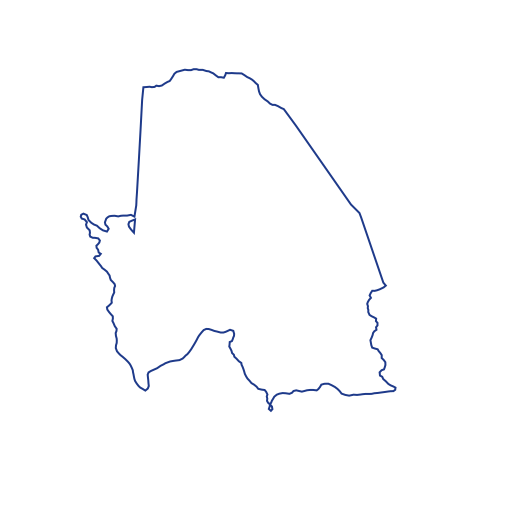 the district of Verdelândia, Minas Gerais, Brazil, rotated 291°
{"feature_id": "56859067B9302014521785", "entity_name": "Verdelândia", "entity_type": "district", "adm_level": 2, "iso_a3": "BRA", "parent_name": "Brazil", "parent_adm1": "Minas Gerais", "projection": "equal_earth", "projection_center": [-43.704, -15.563], "detail": "fine", "context": "isolated", "style": "outline", "palette": "blue", "viewbox_px": 512, "rotation_deg": 291, "n_neighbors": 0, "source": "geoboundaries", "source_scale": "gbopen_adm2", "svg_char_len": 4739}
<svg xmlns="http://www.w3.org/2000/svg" viewBox="0 0 512 512"><g transform="rotate(291 256 256)"><path d="M90.7,200.9L93.5,202.5L96.2,202.5L98.7,201.2L101.3,200.0L103.8,198.7L106.4,197.4L108.8,197.4L111.0,199.1L113.5,201.6L115.8,203.9L119.3,206.3L121.8,208.6L123.4,209.8L124.9,211.5L126.8,213.7L128.3,216.2L129.6,218.5L131.4,221.9L134.0,224.3L135.9,225.2L137.9,226.0L139.7,227.1L142.3,228.0L145.7,228.9L147.9,229.3L150.6,229.8L153.6,230.3L156.5,230.7L159.4,231.0L161.4,231.4L163.7,232.1L165.5,232.7L168.1,233.7L170.1,235.7L170.9,238.1L171.1,241.1L171.1,243.9L171.5,246.7L171.9,250.5L172.8,252.9L174.2,254.7L175.9,256.4L177.8,258.2L178.0,261.6L175.5,263.5L173.5,264.1L171.8,264.0L169.8,264.1L167.9,264.0L166.3,262.3L164.0,263.0L161.9,263.5L160.3,265.4L158.8,267.0L156.8,268.5L155.9,270.7L154.2,271.9L153.2,274.5L151.6,277.7L150.9,280.6L149.3,281.5L147.7,283.2L145.9,284.8L144.3,286.1L142.0,287.8L140.0,290.0L138.5,292.0L137.2,294.7L135.7,297.3L135.2,300.3L134.2,303.4L132.8,305.7L133.3,309.2L134.0,312.1L132.8,314.2L130.8,316.3L128.7,316.4L127.0,317.6L124.7,318.2L123.3,319.9L122.4,322.3L124.5,322.7L126.6,322.7L128.6,323.1L131.2,323.5L134.0,325.1L135.8,327.1L137.6,330.0L138.5,332.9L139.3,336.6L141.2,338.6L143.4,339.4L145.0,341.7L145.4,344.6L145.8,347.4L147.2,349.4L148.9,351.7L150.3,354.4L151.4,357.2L152.3,360.8L154.1,361.9L156.7,362.7L159.3,363.1L161.2,365.6L162.7,369.3L162.5,372.8L162.0,376.6L161.1,379.7L159.8,382.6L158.2,385.2L158.3,389.1L159.0,393.0L160.3,395.0L161.5,396.8L162.5,400.1L164.0,403.0L165.2,405.1L166.3,407.3L167.5,410.4L168.7,413.3L170.3,415.7L171.8,418.8L173.4,421.7L174.6,423.9L175.7,425.9L176.9,428.0L178.0,430.1L179.1,432.7L181.0,433.9L183.1,433.4L183.4,431.0L183.5,428.0L184.0,425.4L185.6,422.0L186.7,418.9L188.5,417.1L188.8,414.6L191.7,413.1L194.4,414.2L196.0,416.1L197.9,416.1L200.6,415.9L203.2,414.8L204.7,412.5L205.8,409.9L208.5,408.9L210.0,406.8L211.2,404.6L212.5,403.0L212.2,400.0L212.1,397.3L214.1,395.6L216.1,394.4L218.4,393.0L221.3,393.2L224.1,393.2L226.0,392.9L228.1,393.4L230.3,394.9L232.5,393.6L234.7,394.3L237.1,393.4L238.2,391.3L240.6,390.6L241.0,388.1L241.2,385.5L241.7,383.1L243.9,380.9L245.9,380.2L247.4,379.0L249.3,378.5L251.1,377.0L253.0,376.9L255.6,377.3L258.1,378.3L259.9,376.2L262.6,376.4L265.2,377.0L266.0,379.3L267.3,381.2L269.2,383.4L271.0,385.1L272.4,386.4L274.9,387.8L276.8,384.4L329.6,340.4L333.2,337.2L338.1,326.2L392.1,246.4L403.1,229.3L403.2,226.6L403.8,222.7L403.9,219.5L403.0,217.2L403.3,214.4L404.5,211.6L405.4,207.8L406.8,204.4L408.5,201.8L410.8,199.8L413.5,198.1L416.4,196.4L417.4,193.6L418.4,191.5L419.2,189.2L419.7,186.5L419.9,183.6L420.7,180.4L421.3,177.2L420.3,174.3L419.2,171.3L418.1,167.8L416.8,164.9L416.1,162.4L413.8,162.5L410.9,162.1L410.4,159.3L409.4,156.8L410.2,153.8L411.2,150.6L411.3,148.2L411.5,145.8L410.9,143.4L410.7,139.6L409.3,136.0L409.1,133.6L408.1,130.9L406.2,128.7L405.2,126.1L404.4,122.8L402.3,119.9L400.7,117.7L399.4,115.9L396.9,114.5L394.3,114.1L392.4,113.7L390.5,113.3L388.4,112.7L386.8,111.0L384.2,108.9L381.4,107.0L379.8,104.6L379.3,101.9L377.5,100.7L376.3,98.3L375.9,96.0L374.5,93.2L373.2,90.4L360.8,93.8L338.3,101.1L331.5,103.3L304.1,112.1L272.4,122.2L265.9,124.2L263.0,125.2L260.2,126.1L249.2,128.4L249.6,124.5L247.6,121.3L246.2,117.7L245.1,115.4L243.6,113.2L242.9,109.6L241.6,106.7L240.5,104.8L238.9,103.6L237.2,102.8L233.3,102.9L231.3,104.2L230.3,106.6L228.6,108.7L225.4,108.1L225.1,103.9L225.9,100.1L227.3,96.6L227.3,93.5L228.0,90.3L229.6,86.7L231.9,85.0L233.6,83.3L233.7,79.7L231.9,78.1L229.9,78.3L228.5,79.9L228.7,82.9L227.0,86.0L224.3,86.1L222.0,87.9L220.4,91.5L218.1,92.7L216.3,93.0L214.7,94.3L214.5,97.0L215.3,99.3L215.9,102.4L214.5,104.7L212.4,104.9L210.3,104.2L208.4,103.3L206.5,104.3L205.3,106.3L202.9,107.9L202.4,110.3L199.9,109.5L198.1,106.3L196.0,105.7L194.6,108.8L192.5,112.3L191.0,114.9L189.7,116.7L189.0,119.4L188.0,122.4L186.7,124.2L185.3,126.3L183.4,127.5L181.6,129.0L180.3,131.9L179.1,134.1L177.5,135.2L175.5,135.1L173.3,135.7L171.1,136.7L168.8,136.5L166.7,136.4L164.8,136.6L162.8,137.0L160.7,138.1L158.9,137.4L156.8,136.4L154.7,135.2L152.7,136.4L151.1,138.8L149.8,141.1L148.4,143.9L146.3,144.8L143.9,145.2L142.1,147.2L139.9,149.3L138.1,152.0L136.0,152.6L133.8,152.6L131.2,153.9L129.0,155.5L127.3,156.3L124.9,157.1L122.5,157.3L119.8,158.1L117.2,160.4L115.8,163.0L114.9,165.0L114.1,167.6L112.9,170.9L111.4,174.3L110.2,176.5L108.9,178.2L106.9,180.3L105.2,181.9L103.5,182.8L101.7,184.0L99.9,185.1L97.7,186.5L96.0,187.9L94.2,190.3L92.6,192.9L91.7,195.0L91.3,197.8L90.7,200.9ZM246.8,130.0L234.0,133.7L235.2,131.3L236.3,129.3L237.9,126.9L240.0,125.5L242.5,125.5L244.7,127.7L246.8,130.0ZM122.4,322.3L120.2,322.7L117.8,322.8L116.8,325.4L118.9,326.2L121.2,324.8L122.4,322.3Z" fill="none" stroke="#1e3a8a" stroke-width="2"/></g></svg>